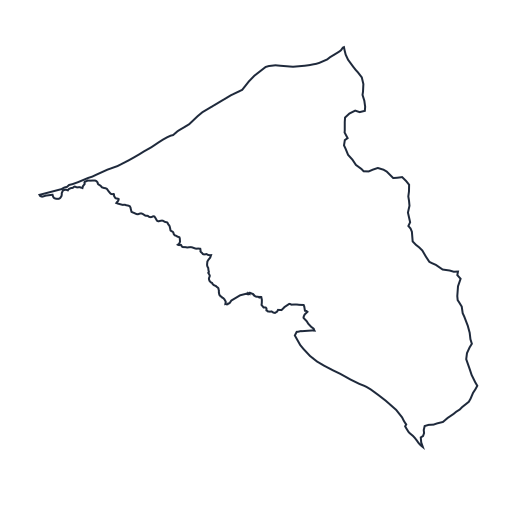 outline of Pek, Xiangkhoang, Laos, rotated 266°
{"feature_id": "54806243B64426060368946", "entity_name": "Pek", "entity_type": "district", "adm_level": 2, "iso_a3": "LAO", "parent_name": "Laos", "parent_adm1": "Xiangkhoang", "projection": "robinson", "projection_center": [103.256, 19.601], "detail": "fine", "context": "isolated", "style": "outline", "palette": "slate", "viewbox_px": 512, "rotation_deg": 266, "n_neighbors": 0, "source": "geoboundaries", "source_scale": "gbopen_adm2", "svg_char_len": 6054}
<svg xmlns="http://www.w3.org/2000/svg" viewBox="0 0 512 512"><g transform="rotate(266 256 256)"><path d="M332.1,44.3L330.9,44.9L330.3,46.1L330.1,47.1L330.9,50.6L331.3,57.3L329.5,57.7L328.4,58.2L327.8,58.8L327.3,59.8L327.0,60.9L326.8,62.7L327.0,63.8L327.6,64.8L329.3,66.1L330.6,66.5L332.2,66.6L334.4,67.7L335.0,68.4L335.3,69.8L335.4,71.1L334.6,72.9L335.2,73.3L336.0,74.2L336.7,76.4L336.7,77.8L337.1,78.5L337.7,79.3L337.9,79.8L337.7,80.6L337.2,81.5L336.9,82.5L337.0,84.5L336.9,85.2L336.5,85.9L336.2,87.0L335.9,87.6L337.7,88.2L339.8,90.1L341.3,90.0L341.9,90.3L343.0,93.5L342.7,96.4L342.7,98.3L342.6,99.5L342.5,100.7L342.0,101.8L341.3,102.5L340.4,103.1L339.1,103.3L338.5,103.7L337.2,105.5L336.4,106.3L335.3,107.0L334.4,109.2L334.2,110.3L333.8,111.2L333.4,111.9L330.8,113.5L328.6,115.1L328.0,115.8L327.7,116.9L327.7,117.6L327.8,118.3L327.5,118.6L326.4,118.6L325.5,118.7L323.7,119.7L323.2,120.4L322.8,122.3L322.3,123.0L320.9,122.5L320.2,121.9L319.6,121.2L318.6,120.4L317.9,121.9L316.3,126.5L316.3,128.3L316.2,129.0L315.8,129.7L315.1,132.3L314.4,133.6L313.0,134.2L312.0,134.3L308.7,134.9L307.9,136.4L307.3,137.7L306.8,138.5L306.3,139.5L306.0,140.3L305.9,141.2L306.5,143.4L306.4,144.8L305.8,146.0L304.0,148.4L303.8,149.2L303.7,150.6L303.4,151.1L302.8,151.7L302.5,152.2L302.2,153.0L302.1,153.8L302.2,154.7L302.8,156.2L302.7,156.8L302.5,157.4L301.2,158.2L298.3,159.6L297.8,160.1L297.4,161.2L297.7,162.7L297.9,164.6L297.7,165.5L296.4,167.5L295.9,169.1L295.7,169.7L295.2,170.1L293.9,170.6L293.3,170.9L292.7,171.5L291.7,171.9L288.7,172.4L287.9,172.4L287.2,172.7L286.1,174.4L285.5,175.0L284.6,175.3L283.5,175.5L282.3,176.4L281.5,178.2L280.8,178.9L280.3,180.4L280.0,180.9L278.9,181.2L275.6,181.2L274.5,180.7L273.5,180.0L272.7,178.8L272.5,179.1L272.2,180.1L272.4,181.1L272.3,181.9L271.7,182.3L270.8,182.6L270.3,183.1L270.0,183.7L269.7,186.5L269.3,187.9L269.3,188.6L269.4,189.5L269.4,191.5L269.1,192.8L267.7,196.0L267.4,197.4L267.5,198.7L267.1,200.9L265.5,201.1L264.5,200.9L263.7,201.4L263.0,202.2L261.6,203.2L261.2,204.3L261.2,205.5L261.4,206.7L260.4,208.3L260.0,210.0L260.0,211.2L257.6,210.2L255.6,208.3L253.9,207.1L250.9,206.6L250.0,206.6L248.9,206.8L247.4,207.5L245.1,207.6L243.4,207.9L242.5,207.2L241.0,208.0L239.7,208.5L239.0,208.4L237.1,207.5L235.8,207.5L234.2,208.0L232.8,209.2L232.2,210.3L231.2,210.7L229.9,211.8L229.6,212.6L229.0,213.4L228.8,214.0L228.1,214.5L227.3,215.5L226.7,216.1L226.0,216.3L224.8,216.4L224.1,216.6L222.4,216.4L221.8,216.6L220.9,216.5L220.2,216.8L219.7,216.8L218.7,217.6L218.2,217.8L218.1,218.3L217.6,218.9L216.8,219.4L216.3,220.4L214.8,221.6L213.7,222.0L213.1,222.4L212.5,222.6L211.9,222.6L211.3,222.3L210.3,222.1L210.4,222.5L210.0,222.9L209.8,223.3L209.8,223.7L209.8,224.3L210.1,224.6L210.5,224.8L210.5,225.6L210.7,225.8L210.9,226.2L211.0,226.5L213.3,228.3L217.9,237.4L219.0,243.4L218.8,243.6L218.8,244.4L219.1,244.6L218.8,244.7L218.5,245.0L218.4,245.2L218.9,245.4L219.0,245.6L218.7,245.9L218.6,246.3L219.0,246.1L219.0,246.3L219.3,246.2L219.4,246.5L219.7,246.6L219.8,247.2L219.6,247.6L219.3,247.9L219.4,248.1L218.7,249.3L218.7,249.5L218.4,250.0L218.2,250.2L218.2,250.5L217.8,250.8L217.4,250.8L216.9,251.1L216.9,251.5L216.5,251.7L215.9,252.4L215.4,253.4L215.2,255.2L215.0,255.5L214.9,256.0L214.3,256.4L214.3,256.7L214.9,257.1L214.9,257.4L214.7,258.4L211.8,258.8L208.7,258.5L206.8,258.1L204.1,260.0L204.1,261.2L203.9,262.1L203.1,262.7L202.6,262.8L201.0,262.6L200.5,263.4L199.9,263.9L199.5,266.0L199.6,267.7L198.5,269.1L198.1,270.1L197.9,271.0L199.1,273.2L200.7,274.2L200.3,277.7L202.7,280.5L203.0,280.7L205.9,285.8L205.8,286.4L205.5,287.2L205.0,287.8L204.9,291.6L204.7,293.6L204.3,295.6L203.8,300.1L202.3,300.6L198.0,301.0L197.6,302.5L196.7,303.4L194.2,300.4L193.0,299.8L192.6,299.5L191.3,299.1L190.8,299.2L187.3,302.1L184.8,303.4L181.5,306.1L179.7,308.2L179.2,308.6L178.4,308.7L177.5,309.1L177.6,308.2L177.8,307.4L177.8,296.1L178.0,295.7L177.5,292.7L177.5,291.3L174.0,289.2L164.1,293.9L159.9,296.9L152.5,302.9L146.4,309.6L141.8,316.3L136.7,324.6L132.6,331.8L126.2,341.6L121.2,350.2L119.0,354.8L117.7,357.1L115.0,361.0L109.1,368.0L102.7,375.2L92.7,385.1L84.8,390.5L81.4,391.9L79.3,393.0L77.5,394.1L75.7,392.9L74.2,393.6L70.0,395.8L68.7,396.8L65.5,400.1L63.5,401.7L60.5,403.7L58.3,405.0L56.6,406.3L55.3,407.5L53.8,409.1L58.5,407.8L63.5,407.7L64.8,410.1L67.6,411.3L70.7,411.2L74.6,412.4L75.5,416.4L75.4,421.3L76.4,425.1L77.4,430.9L81.1,435.9L84.7,442.1L86.7,444.9L88.6,448.5L90.9,451.1L95.7,458.1L98.7,460.1L104.4,463.0L107.8,465.6L111.1,467.7L114.7,465.9L122.3,462.8L127.8,461.4L138.4,458.5L144.4,459.7L149.9,462.7L153.4,465.2L158.0,464.1L164.5,463.8L171.6,462.4L181.1,459.5L184.5,458.2L191.2,457.7L195.8,455.3L197.9,454.1L202.0,454.0L211.7,455.4L219.0,458.5L222.9,455.5L226.4,456.4L226.5,452.2L228.0,448.2L229.5,441.2L234.6,434.8L236.7,430.8L238.1,428.5L243.6,425.4L249.9,422.3L253.3,419.3L256.0,416.3L259.6,413.3L269.3,413.2L272.6,412.1L275.3,410.1L278.9,412.1L288.7,410.6L295.4,412.6L300.3,412.5L304.8,412.1L309.7,413.1L316.4,413.7L320.3,411.0L324.5,407.3L324.2,402.3L324.2,398.3L331.1,392.3L333.2,389.2L335.3,383.6L334.0,378.6L332.5,374.3L333.0,369.3L335.4,367.3L339.9,362.0L345.4,358.9L350.5,354.9L356.9,352.8L360.2,351.5L365.4,352.7L367.2,355.6L373.0,353.0L375.1,353.3L383.6,353.9L387.9,354.5L391.6,359.1L394.1,365.1L392.3,369.4L393.2,374.7L397.2,375.3L403.3,374.9L409.3,373.5L412.4,374.2L420.0,375.1L426.8,374.0L432.2,370.4L434.7,368.4L437.8,366.3L445.4,361.5L450.6,359.5L455.1,358.7L458.2,358.3L457.8,357.2L455.3,355.1L454.3,353.6L453.1,351.4L449.2,343.8L447.1,340.7L444.2,332.5L443.5,329.4L443.2,326.5L442.7,322.7L442.4,318.0L442.2,306.1L444.1,293.5L444.9,288.7L444.6,282.0L443.9,278.8L436.0,267.0L430.8,261.2L422.7,253.8L418.2,242.4L403.2,212.6L399.6,207.6L392.1,198.5L386.8,188.0L385.9,186.4L382.4,181.7L382.0,179.3L380.7,175.8L378.6,171.3L376.1,166.7L373.9,162.9L371.8,159.2L368.2,151.6L365.6,146.7L362.9,141.2L360.5,136.1L355.4,124.2L352.5,113.8L348.1,102.0L346.6,98.2L345.6,94.1L342.0,83.4L340.5,78.0L339.9,74.5L338.1,72.2L337.9,70.5L337.4,68.9L336.3,66.7L332.1,44.3Z" fill="none" stroke="#1e293b" stroke-width="2"/></g></svg>